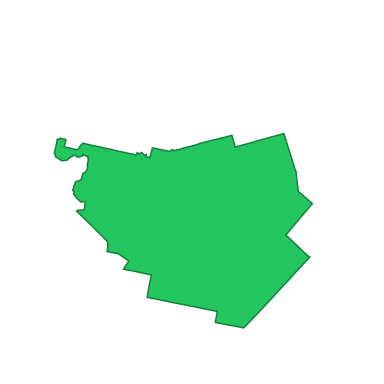 Toporu, Giurgiu, Romania (Albers equal-area conic projection), rotated 315°
{"feature_id": "2599482B93697882069712", "entity_name": "Toporu", "entity_type": "district", "adm_level": 2, "iso_a3": "ROU", "parent_name": "Romania", "parent_adm1": "Giurgiu", "projection": "albers", "projection_center": [25.652, 44.005], "detail": "fine", "context": "isolated", "style": "filled", "palette": "green", "viewbox_px": 384, "rotation_deg": 315, "n_neighbors": 0, "source": "geoboundaries", "source_scale": "gbopen_adm2", "svg_char_len": 5682}
<svg xmlns="http://www.w3.org/2000/svg" viewBox="0 0 384 384"><g transform="rotate(315 192 192)"><path d="M203.8,322.3L209.2,322.0L218.9,321.7L224.6,321.5L227.1,321.4L229.3,321.3L229.3,320.7L228.8,319.4L228.8,319.2L228.7,316.3L228.6,314.9L228.5,309.8L228.3,299.9L228.0,288.8L238.5,287.9L248.6,287.0L268.9,285.3L268.4,278.0L268.3,276.1L268.2,274.0L268.1,272.0L267.9,269.9L267.7,267.2L267.7,266.8L267.8,266.6L267.9,266.4L268.1,266.0L268.3,265.7L269.0,264.9L273.4,259.3L274.5,257.9L274.8,257.5L275.4,256.8L276.6,255.2L279.0,252.3L279.2,252.1L279.7,251.7L279.8,251.5L280.0,251.2L280.3,250.1L280.5,249.6L281.1,248.5L281.8,247.2L282.4,246.2L283.6,243.4L284.5,241.9L285.0,241.2L285.7,239.7L286.7,237.7L287.1,237.0L287.2,236.7L287.7,235.9L290.7,230.2L291.5,228.5L291.6,228.3L292.0,227.5L292.8,226.1L294.3,223.2L294.6,222.3L294.8,222.0L295.1,221.6L295.6,220.6L296.6,218.8L297.9,216.5L298.2,215.7L297.4,215.2L294.8,213.7L292.8,212.5L291.1,211.6L289.8,210.8L289.3,210.5L288.4,210.0L287.4,209.4L286.8,209.1L285.7,208.4L285.0,208.1L283.7,207.4L282.6,206.7L282.1,206.4L280.8,205.7L279.2,204.8L276.7,203.4L275.3,202.6L273.8,201.8L272.0,200.8L267.8,198.5L266.8,197.9L262.0,195.1L260.6,194.3L260.0,194.0L259.7,193.8L259.3,193.6L255.1,191.1L254.3,190.8L257.8,184.7L260.3,180.2L254.7,176.9L253.3,176.1L252.8,175.7L249.9,174.0L246.2,171.8L241.2,168.7L238.3,166.9L235.5,165.3L230.2,162.3L229.8,162.4L229.4,162.4L225.4,159.9L221.1,157.4L217.5,155.1L215.5,154.2L213.9,153.3L212.6,152.5L211.3,151.7L209.1,150.5L208.1,149.8L208.6,148.9L208.1,148.5L207.7,148.1L207.5,147.9L207.2,147.9L205.5,147.3L205.2,147.3L204.8,147.1L204.6,147.1L204.0,146.6L203.8,146.2L203.7,145.9L203.6,145.6L203.4,145.3L203.3,145.0L203.1,144.8L202.9,144.6L202.7,144.4L202.4,143.8L201.8,143.0L200.7,141.1L199.7,139.6L199.2,138.8L198.6,137.8L197.3,135.9L196.0,133.9L195.5,133.2L195.3,133.1L195.1,133.0L194.8,133.0L193.2,134.0L188.0,137.0L187.8,137.1L187.3,137.3L187.0,137.5L186.9,137.6L186.7,137.8L186.6,138.2L186.6,138.3L186.3,137.6L186.2,137.3L186.1,137.1L186.0,136.9L185.8,136.6L184.6,134.7L184.4,134.4L186.1,133.1L184.6,132.3L184.2,131.6L184.2,131.0L184.4,130.7L184.4,128.4L181.4,127.8L181.7,127.4L181.0,125.4L179.2,126.6L178.7,126.2L178.4,125.8L178.2,125.6L178.0,125.2L176.5,122.9L174.5,119.9L173.8,118.8L173.3,117.9L170.1,113.0L169.4,112.0L165.8,106.3L165.6,105.9L165.2,105.0L164.8,104.3L164.6,104.1L164.2,103.8L163.7,102.9L161.7,99.9L158.9,95.4L156.6,91.9L154.5,88.6L150.4,82.0L149.8,81.1L149.3,80.2L148.5,80.5L146.2,80.2L143.5,80.9L141.6,81.0L140.6,80.9L133.5,69.6L139.8,66.0L139.6,65.1L138.1,62.7L136.9,60.9L136.7,60.8L136.5,61.1L136.4,61.2L136.1,61.1L134.4,59.6L134.0,59.3L133.8,59.4L133.1,60.2L130.1,62.1L129.9,62.2L129.6,62.4L122.9,66.7L122.0,67.3L121.9,67.4L121.8,67.7L121.9,68.3L121.7,68.7L121.6,68.9L121.5,69.1L121.3,69.3L121.0,69.5L120.8,69.8L120.6,70.2L120.6,70.5L120.6,70.8L120.6,71.2L120.6,71.4L120.8,72.1L121.0,72.8L121.3,74.0L121.5,74.9L121.5,76.2L121.6,76.5L121.7,76.9L122.0,77.5L122.7,78.5L123.2,79.0L123.5,79.3L123.9,79.6L124.5,79.9L125.2,80.4L125.8,80.9L126.1,81.0L126.4,81.0L127.1,81.1L127.3,81.1L128.2,81.1L129.3,81.3L129.9,81.3L130.2,81.3L130.4,81.4L130.7,81.4L131.3,81.6L131.8,81.8L132.4,82.2L132.7,82.3L133.2,82.3L133.6,82.3L134.1,82.3L134.3,82.5L134.8,83.0L135.1,83.4L135.2,83.6L135.3,84.0L135.4,84.3L135.4,85.3L135.3,85.5L135.4,85.9L135.5,86.1L135.9,86.4L136.4,86.9L136.8,87.3L137.1,87.6L137.6,87.8L138.2,88.1L138.8,88.5L139.1,88.7L139.7,88.9L139.9,89.0L140.8,89.0L141.0,88.9L141.1,88.5L142.3,90.3L142.2,90.4L142.2,90.7L142.3,91.2L142.4,91.3L142.6,91.4L142.9,91.9L143.0,92.0L143.1,92.3L143.5,93.0L143.4,93.0L142.9,93.5L142.6,93.9L142.4,94.1L142.3,94.4L142.2,95.3L141.3,96.0L140.6,96.5L139.5,97.2L139.0,97.6L138.2,98.1L137.1,98.7L136.6,99.5L136.4,99.9L136.0,100.2L134.5,101.4L133.8,101.9L133.3,102.2L132.7,102.2L131.3,102.2L131.0,102.4L130.0,102.4L129.7,102.4L129.1,102.0L128.8,101.9L128.4,101.7L128.1,101.8L127.8,101.9L127.3,102.3L127.1,102.5L126.2,102.7L126.0,102.9L125.3,103.4L125.0,103.5L124.6,103.4L124.2,103.6L124.0,103.9L123.8,104.3L123.4,104.6L122.9,104.9L122.3,104.7L122.0,104.6L121.5,104.5L121.0,104.4L120.7,104.5L119.7,103.9L118.4,103.0L117.9,102.8L117.3,102.7L116.4,102.7L115.6,102.9L115.1,103.1L114.5,103.4L113.1,104.2L111.9,104.9L110.5,105.8L110.1,105.9L109.3,105.9L108.9,106.2L108.8,106.7L108.8,107.4L108.9,108.2L108.7,108.6L108.3,108.9L107.6,109.1L107.0,109.4L106.7,110.1L106.6,111.6L106.7,112.1L106.7,112.8L106.5,113.3L106.1,114.1L106.1,115.9L106.1,116.6L106.3,119.7L106.4,120.5L106.8,120.9L107.4,121.4L108.3,121.9L108.6,122.2L109.4,123.1L109.6,123.3L109.2,123.8L103.2,128.4L98.0,124.0L96.9,123.9L97.2,143.6L97.2,161.1L97.2,165.0L97.0,166.8L97.0,167.9L96.1,168.9L91.6,172.8L90.5,173.8L90.1,173.9L89.8,174.0L96.2,183.7L96.3,184.0L98.3,194.7L98.5,196.1L90.6,197.7L88.9,198.2L94.6,206.3L97.6,211.1L104.6,221.9L98.8,225.7L93.5,229.3L85.8,234.7L88.2,238.4L92.3,244.4L93.6,246.6L95.5,249.3L97.3,252.0L98.7,254.2L99.6,255.6L101.5,258.4L102.5,259.8L104.1,262.3L107.8,267.7L109.3,270.2L110.9,272.4L111.9,273.9L113.5,276.3L117.4,282.2L119.5,285.4L120.0,286.2L120.9,287.5L122.0,289.1L122.5,289.9L124.1,292.3L125.4,294.4L122.6,296.3L122.1,296.7L119.4,298.5L116.3,300.7L116.9,301.6L118.3,303.7L120.5,306.9L121.3,308.2L123.5,311.5L124.1,312.4L124.6,313.2L125.4,314.3L126.4,315.5L126.5,315.6L126.6,315.8L126.9,316.4L127.6,317.3L130.1,321.1L130.5,321.7L131.2,322.6L131.9,323.7L131.9,323.8L131.8,324.1L132.0,324.3L133.3,324.7L134.9,324.7L136.4,324.6L144.0,324.4L147.2,324.4L151.3,324.3L154.4,324.2L157.4,324.1L160.2,324.0L166.4,323.8L167.7,323.8L171.7,323.6L173.6,323.6L178.5,323.3L180.7,323.2L182.4,323.1L190.6,322.8L196.0,322.7L203.8,322.3Z" fill="#22c55e" stroke="#15803d" stroke-width="1.5"/></g></svg>